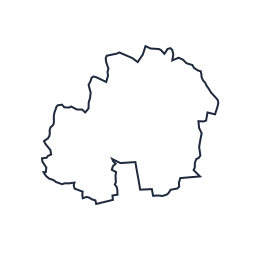 outline of Nova Petrópolis, Rio Grande do Sul, Brazil, rotated 342°
{"feature_id": "56859067B53198529950841", "entity_name": "Nova Petrópolis", "entity_type": "district", "adm_level": 2, "iso_a3": "BRA", "parent_name": "Brazil", "parent_adm1": "Rio Grande do Sul", "projection": "equal_earth", "projection_center": [-51.1, -29.372], "detail": "fine", "context": "isolated", "style": "outline", "palette": "slate", "viewbox_px": 256, "rotation_deg": 342, "n_neighbors": 0, "source": "geoboundaries", "source_scale": "gbopen_adm2", "svg_char_len": 1895}
<svg xmlns="http://www.w3.org/2000/svg" viewBox="0 0 256 256"><g transform="rotate(342 128 128)"><path d="M44.0,114.5L44.7,118.1L47.4,125.0L46.7,129.5L43.4,129.7L41.3,131.2L39.3,130.7L36.8,130.3L36.2,133.6L38.1,140.4L36.2,144.5L34.0,143.9L35.1,148.1L37.2,151.6L41.1,154.6L42.8,157.1L48.0,161.1L50.4,161.0L55.1,162.5L57.7,162.9L60.2,163.4L58.6,165.8L58.5,169.2L60.2,170.5L65.2,174.5L63.8,177.7L63.3,180.8L67.4,180.8L69.4,182.1L72.0,185.0L74.6,186.7L74.3,190.4L87.5,191.4L91.4,191.7L92.4,187.4L97.4,188.2L98.8,183.2L99.0,180.5L98.0,177.6L99.6,176.0L101.5,169.1L103.1,166.3L99.7,162.7L101.8,159.7L105.3,158.1L103.7,155.4L103.4,152.6L109.9,159.0L124.5,162.7L123.5,169.3L121.6,183.4L120.5,190.4L122.7,191.0L131.8,193.5L130.9,200.2L136.1,201.6L139.8,203.3L144.4,203.3L146.5,202.4L149.4,199.9L156.2,200.8L158.5,199.6L159.6,195.6L162.3,191.8L181.5,196.3L177.4,188.3L179.2,186.4L180.9,181.7L183.4,178.6L185.8,178.4L188.3,176.6L189.8,168.0L192.7,162.4L196.4,155.8L195.6,150.0L197.1,143.3L202.1,145.2L204.6,145.0L208.4,137.8L215.0,141.9L219.9,135.1L221.6,132.1L222.0,129.1L220.8,126.2L219.1,122.4L217.8,119.6L217.1,116.3L215.8,111.9L215.3,108.5L214.1,106.0L213.7,102.5L214.4,99.5L214.7,96.6L212.2,94.8L209.4,91.4L208.7,88.0L206.3,86.4L203.6,84.4L201.3,79.9L197.8,76.8L191.0,77.4L193.8,72.1L194.2,67.4L193.0,65.2L190.2,65.0L185.5,68.7L183.5,64.2L181.9,62.5L174.1,59.4L169.9,55.6L164.9,62.6L157.6,68.3L153.7,62.8L143.1,53.5L140.0,53.8L135.6,53.3L130.1,52.7L128.4,54.6L127.6,58.4L127.7,65.6L125.8,68.4L125.2,72.0L121.5,77.5L113.2,69.6L111.1,68.4L109.0,68.9L106.8,71.9L103.8,74.9L103.4,82.9L101.2,87.7L98.6,91.4L96.5,97.2L92.1,100.0L90.1,96.3L85.1,94.6L80.6,90.0L78.3,90.4L73.8,88.6L72.4,85.4L68.1,84.7L66.2,86.0L64.7,88.2L62.8,90.6L61.3,93.4L60.3,96.3L59.6,98.8L58.5,101.2L56.7,102.6L54.5,103.4L52.7,106.0L52.1,108.6L50.8,111.2L48.7,113.1L44.0,114.5Z" fill="none" stroke="#1e293b" stroke-width="2"/></g></svg>